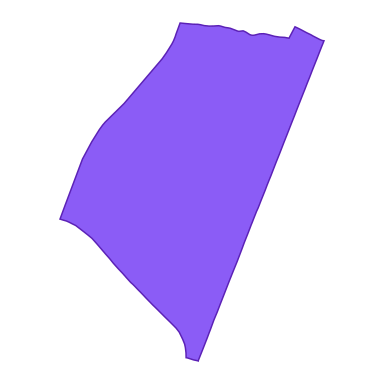 Dusit, Bangkok Metropolis, Thailand (orthographic projection)
{"feature_id": "78962969B42559616125747", "entity_name": "Dusit", "entity_type": "district", "adm_level": 2, "iso_a3": "THA", "parent_name": "Thailand", "parent_adm1": "Bangkok Metropolis", "projection": "orthographic", "projection_center": [100.521, 13.776], "detail": "fine", "context": "isolated", "style": "filled", "palette": "violet", "viewbox_px": 384, "rotation_deg": 0, "n_neighbors": 0, "source": "geoboundaries", "source_scale": "gbopen_adm2", "svg_char_len": 2135}
<svg xmlns="http://www.w3.org/2000/svg" viewBox="0 0 384 384"><path d="M60.0,219.1L63.2,220.1L66.4,221.0L69.1,222.2L72.2,223.8L75.7,225.5L79.2,228.2L83.2,231.3L87.8,234.9L91.9,238.3L93.1,239.6L97.1,244.1L101.7,249.5L105.8,254.3L109.7,258.7L113.3,263.2L115.7,265.9L118.4,268.9L122.3,273.0L126.7,278.0L130.3,282.0L131.3,283.0L132.7,284.2L133.0,284.5L134.4,285.9L138.2,289.9L139.7,291.4L140.5,292.2L142.6,294.4L145.9,297.9L148.6,300.7L149.3,301.4L152.9,305.1L155.4,307.5L155.9,308.0L160.6,312.7L164.5,316.6L169.0,321.0L173.4,325.4L175.1,327.1L176.0,328.0L176.4,328.5L179.2,332.1L179.5,332.7L182.7,339.3L184.6,344.0L185.3,347.2L185.5,348.6L186.0,352.9L186.1,357.7L186.8,357.8L187.3,357.9L193.6,359.9L197.8,360.8L198.2,361.0L198.4,360.3L203.1,348.5L207.2,338.0L209.4,332.1L210.5,329.3L213.9,320.0L217.2,312.1L220.3,304.0L224.8,292.5L229.2,281.2L233.2,271.2L237.2,261.4L242.3,248.0L244.2,242.8L246.5,237.0L247.7,234.0L249.9,228.3L251.1,225.1L252.3,222.2L253.3,219.6L254.4,216.8L255.6,213.8L256.4,211.7L258.2,207.8L258.4,207.3L260.8,201.1L263.5,194.4L265.3,189.9L267.1,185.1L269.4,179.4L271.0,175.5L273.2,169.8L275.9,162.8L278.8,155.6L281.2,149.5L283.7,143.0L287.0,134.7L289.0,129.6L291.5,123.2L294.6,115.4L297.1,108.9L299.9,101.8L302.7,94.7L305.1,88.7L307.1,83.5L309.8,76.8L312.3,70.3L314.6,64.5L317.0,58.5L319.3,52.6L321.7,46.5L323.1,43.1L323.5,42.1L323.6,41.7L324.0,40.8L322.3,40.5L321.7,40.3L319.6,39.4L313.2,36.1L310.8,34.7L306.6,32.7L300.8,29.6L297.6,28.0L296.9,27.7L295.0,26.8L289.0,38.2L284.8,37.4L279.7,37.1L274.4,36.3L269.8,35.0L266.2,34.1L263.6,33.7L260.5,33.8L259.8,33.8L258.5,34.1L254.6,35.1L253.0,35.3L251.7,35.2L251.0,35.0L249.8,34.6L245.9,32.1L244.0,31.2L243.6,31.0L243.3,30.9L242.6,30.9L239.2,31.3L238.6,31.3L237.4,31.0L234.6,29.9L230.4,28.3L228.4,27.9L225.0,27.4L220.7,26.1L218.7,25.7L213.9,26.0L209.2,26.1L204.2,25.6L200.4,24.7L197.9,24.3L197.4,24.3L192.8,24.2L185.2,23.5L180.1,23.0L176.1,33.9L175.2,36.7L173.5,40.9L171.9,44.0L166.4,52.8L162.1,58.9L124.1,103.5L105.2,122.1L104.2,123.3L102.8,124.9L99.5,129.4L96.5,134.2L91.7,141.9L82.5,159.0L65.1,205.3L60.0,219.1Z" fill="#8b5cf6" stroke="#5b21b6" stroke-width="1.5"/></svg>